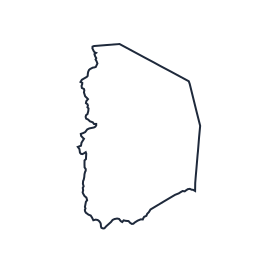 the district of Mauriti, Ceará, Brazil, rotated 154°
{"feature_id": "56859067B91433627627453", "entity_name": "Mauriti", "entity_type": "district", "adm_level": 2, "iso_a3": "BRA", "parent_name": "Brazil", "parent_adm1": "Ceará", "projection": "orthographic", "projection_center": [-38.648, -7.423], "detail": "fine", "context": "isolated", "style": "outline", "palette": "slate", "viewbox_px": 256, "rotation_deg": 154, "n_neighbors": 0, "source": "geoboundaries", "source_scale": "gbopen_adm2", "svg_char_len": 2086}
<svg xmlns="http://www.w3.org/2000/svg" viewBox="0 0 256 256"><g transform="rotate(154 128 128)"><path d="M95.3,42.0L91.7,49.1L87.8,55.7L85.5,59.5L77.2,73.4L75.4,76.3L68.0,88.8L62.2,98.3L59.1,113.1L53.2,140.6L52.9,143.4L64.8,160.0L72.1,170.0L76.1,175.7L82.0,183.8L98.8,207.2L122.7,216.6L124.2,216.7L125.1,215.1L125.1,212.1L124.8,210.6L123.8,209.5L125.8,209.1L126.1,206.8L125.9,204.7L127.1,203.8L127.0,201.8L127.2,199.4L128.6,198.3L130.2,197.0L131.6,197.2L133.3,197.7L136.4,197.6L137.7,197.2L139.2,195.9L140.3,194.4L141.4,192.5L142.6,192.0L148.3,191.6L150.5,190.2L149.3,188.6L150.0,187.4L151.3,186.2L151.9,184.2L150.5,182.4L150.7,181.1L152.0,179.3L152.6,175.3L151.9,173.4L151.3,171.5L153.7,170.4L154.9,168.8L154.0,167.1L154.2,165.7L155.4,164.4L154.9,162.9L156.3,160.6L158.3,158.3L160.1,157.9L161.2,156.6L161.5,154.8L160.1,153.0L159.3,150.7L157.2,148.6L156.8,146.5L154.8,145.6L155.4,144.3L156.8,143.5L158.4,143.4L163.0,144.6L165.3,144.6L168.3,143.1L170.6,143.1L173.0,143.4L173.6,141.5L172.8,138.8L172.3,137.6L176.2,135.2L178.0,132.7L180.2,132.9L181.4,133.0L180.9,130.3L182.0,126.9L181.6,125.4L180.6,124.6L179.2,124.5L176.6,124.8L176.8,123.2L178.5,120.2L179.4,118.5L181.3,117.9L183.0,114.5L184.3,111.6L184.0,109.6L184.8,108.1L185.9,107.3L187.4,105.5L188.8,103.1L190.5,100.9L191.6,100.0L193.0,97.6L193.4,95.1L194.9,94.0L195.6,91.7L197.0,90.0L197.1,88.6L196.9,85.9L195.9,83.7L196.4,81.0L198.2,80.1L200.2,77.4L201.3,76.0L201.5,74.3L202.7,73.3L203.1,71.9L203.0,70.3L202.3,69.0L201.5,67.4L199.9,65.7L199.6,63.3L199.6,60.3L197.2,59.8L195.6,58.6L194.8,57.1L194.4,55.1L194.5,53.8L195.5,51.3L195.6,49.9L194.4,48.6L193.1,48.2L190.7,49.2L184.4,51.0L182.2,52.1L180.1,52.1L177.5,51.4L175.9,50.2L175.3,47.4L174.4,46.0L172.4,46.9L170.8,45.6L168.3,44.1L167.7,41.9L166.6,40.1L165.1,39.6L163.5,40.1L161.8,40.3L159.9,40.5L156.6,40.3L154.8,39.3L153.8,40.2L152.4,41.1L150.0,41.0L148.3,42.5L146.2,43.2L143.5,44.9L128.6,46.2L123.7,46.6L115.0,47.3L111.0,47.0L108.4,47.3L106.5,47.4L104.8,46.2L103.3,46.5L101.1,46.8L99.1,46.2L97.9,44.7L96.6,43.9L95.3,42.0Z" fill="none" stroke="#1e293b" stroke-width="2"/></g></svg>